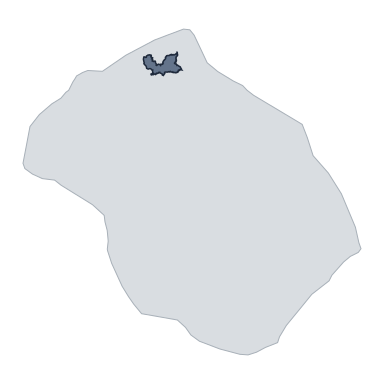 Tsana-Talana, Mafeteng, Lesotho shown in context, rotated 90°
{"feature_id": "5366337B43460203285745", "entity_name": "Tsana-Talana", "entity_type": "district", "adm_level": 2, "iso_a3": "LSO", "parent_name": "Lesotho", "parent_adm1": "Mafeteng", "projection": "robinson", "projection_center": [27.304, -29.791], "detail": "fine", "context": "in_parent", "style": "filled", "palette": "slate", "viewbox_px": 384, "rotation_deg": 90, "n_neighbors": 0, "source": "geoboundaries", "source_scale": "gbopen_adm2", "svg_char_len": 5647}
<svg xmlns="http://www.w3.org/2000/svg" viewBox="0 0 384 384"><g transform="rotate(90 192 192)"><path d="M263.4,272.3L250.8,276.4L249.1,276.7L241.1,275.8L230.4,276.8L221.9,279.0L215.4,279.8L204.7,291.5L185.3,322.8L180.1,329.4L178.6,341.7L174.1,351.5L168.6,359.1L163.3,361.0L147.1,357.9L126.5,354.0L114.5,344.6L103.8,332.1L98.2,323.1L92.3,318.1L90.3,315.3L81.9,311.1L78.7,309.0L75.9,307.4L72.5,301.4L70.5,296.2L71.3,281.6L65.4,273.0L55.2,258.1L48.8,246.0L40.0,229.4L34.6,215.2L29.1,200.5L29.8,194.2L35.1,189.9L50.7,182.5L62.8,176.8L71.5,166.3L81.0,150.7L85.6,141.3L90.2,137.0L95.3,130.4L104.1,115.7L113.9,99.3L124.4,81.8L137.6,76.7L155.7,70.9L173.1,55.6L193.8,42.6L227.2,28.6L242.8,25.1L248.7,23.0L252.4,25.7L256.4,33.7L262.0,40.4L275.2,52.1L280.8,54.9L294.3,72.2L308.8,84.0L325.5,97.7L336.8,104.5L342.6,106.4L347.4,118.5L352.2,127.5L354.9,135.9L354.3,144.1L349.0,164.1L341.2,184.6L335.0,193.1L327.4,198.5L320.0,206.6L317.1,223.0L313.7,242.4L304.1,250.3L296.6,255.5L286.2,261.9L263.4,272.3Z" fill="#d9dde1" stroke="#a8b0b8" stroke-width="1"/><path d="M74.4,233.0L74.6,232.9L74.4,232.4L74.6,231.9L74.8,231.9L74.5,231.3L74.6,230.9L74.3,230.9L74.1,230.8L74.1,230.7L74.3,230.6L74.1,230.4L74.0,230.2L74.2,229.9L74.0,229.7L74.1,229.3L74.1,229.0L74.2,228.9L74.3,228.7L74.2,228.6L74.4,228.5L74.4,228.4L74.5,228.3L74.3,228.1L74.1,227.9L73.8,227.6L73.7,227.6L73.4,227.5L73.3,227.2L73.4,226.8L73.5,226.7L73.4,226.4L73.2,226.6L73.2,226.2L73.0,225.9L72.9,225.6L73.0,225.7L72.8,225.5L72.6,225.4L72.7,225.1L72.6,224.9L72.4,224.8L72.6,224.6L72.7,224.4L72.6,224.2L72.8,224.2L73.1,223.9L73.2,223.3L73.4,223.0L73.5,222.7L73.9,222.3L74.1,221.5L74.3,221.4L74.7,221.6L74.9,221.6L75.1,221.6L75.5,220.6L74.6,220.1L74.0,219.6L73.5,219.2L73.1,219.2L72.9,219.5L72.4,219.4L72.3,219.1L72.1,218.9L72.0,218.2L72.1,217.2L72.1,216.8L72.0,216.6L72.1,216.3L71.9,215.6L71.7,215.5L71.7,215.1L71.6,214.8L71.6,214.7L71.8,214.8L71.9,214.7L71.9,214.2L71.7,213.9L71.8,213.9L71.7,213.6L71.8,213.5L71.8,213.1L72.0,212.9L71.9,212.8L71.9,212.6L72.0,212.2L72.1,211.9L72.3,211.5L72.1,211.3L72.4,211.2L72.5,210.9L72.4,210.8L72.6,210.7L72.5,209.9L72.4,209.4L72.8,208.9L72.8,208.5L72.8,208.4L72.7,208.4L72.6,208.2L72.3,207.9L72.4,207.5L72.5,207.4L72.4,207.2L72.5,207.1L72.4,206.9L72.2,206.7L72.3,206.5L72.2,206.3L71.9,206.2L71.9,205.9L71.7,205.8L71.4,205.8L71.2,206.0L71.1,205.9L70.8,205.8L70.5,205.4L70.3,205.4L70.6,204.9L70.5,204.5L70.2,204.5L69.7,204.3L69.8,204.1L69.8,203.8L69.7,203.7L69.8,203.5L69.7,203.3L69.8,203.0L69.7,202.8L69.8,202.7L69.9,202.3L69.5,202.6L69.2,202.5L68.9,202.6L68.5,203.0L68.2,203.1L67.9,203.2L67.5,203.6L67.1,203.6L66.8,203.8L66.7,204.0L66.5,204.3L66.2,204.9L66.2,205.0L66.1,205.3L65.7,205.8L65.1,206.4L65.1,206.6L65.4,207.1L65.2,207.2L64.8,207.3L63.9,207.8L64.0,208.6L63.6,209.0L63.5,209.4L63.2,209.5L63.1,209.3L62.8,209.2L62.9,208.9L62.6,208.9L62.4,208.7L62.1,208.7L62.1,208.3L61.8,208.4L61.7,208.2L61.4,207.9L61.3,208.0L61.1,207.8L60.7,208.0L60.4,208.0L60.3,207.8L60.1,208.0L59.9,207.7L59.7,207.7L59.4,207.7L59.0,207.9L58.5,207.9L58.5,208.1L58.2,208.1L57.8,208.1L57.5,207.9L57.4,208.0L56.9,207.9L56.6,207.7L56.5,207.4L56.3,207.2L56.3,207.3L56.2,207.3L56.1,207.1L55.8,206.8L55.6,206.8L55.5,206.7L55.2,206.6L54.5,206.4L54.4,206.5L54.5,206.7L54.4,206.8L54.3,206.6L54.0,206.6L53.8,206.7L53.7,206.8L53.2,206.6L52.7,206.7L52.3,206.8L52.3,207.0L52.7,206.9L53.0,207.0L53.3,207.3L53.6,207.4L53.6,207.7L54.0,207.9L54.2,208.2L54.2,208.4L54.3,208.5L54.2,208.7L54.5,208.9L54.7,209.1L54.8,209.3L54.8,209.5L54.8,209.9L55.0,210.1L54.9,210.6L54.6,210.9L54.7,211.0L54.9,211.3L54.7,211.4L54.7,211.5L54.9,211.5L54.7,211.6L54.7,212.0L55.0,212.5L54.8,212.7L54.9,213.1L54.7,213.1L54.9,213.4L54.7,213.6L54.9,213.9L55.1,214.4L55.4,214.6L55.6,214.9L55.5,215.5L55.5,215.8L55.5,216.0L55.5,216.3L55.6,216.5L55.7,217.3L55.8,217.5L56.5,217.7L56.7,218.0L56.8,217.9L57.1,218.2L57.2,218.3L57.4,218.6L57.5,218.6L58.4,218.4L58.5,218.4L58.9,218.6L59.1,218.8L59.4,219.2L59.7,219.4L59.7,219.5L59.8,219.5L60.1,219.6L60.2,219.9L60.5,220.2L61.0,220.6L61.3,220.6L61.7,221.0L62.2,221.0L62.6,221.2L62.9,221.0L63.1,221.1L63.2,220.9L63.5,221.1L63.8,221.1L63.8,221.3L64.2,221.3L64.4,221.1L64.5,220.9L64.4,221.2L64.2,221.4L64.2,221.6L64.2,221.8L64.3,222.3L64.1,223.0L64.3,223.1L64.7,223.1L65.0,223.2L65.3,223.3L65.0,223.5L64.8,224.0L64.6,224.1L64.6,224.3L64.4,224.6L64.4,225.0L64.2,225.3L64.3,225.5L64.2,225.6L64.3,226.0L64.5,226.3L64.8,226.7L64.9,226.8L65.2,226.9L65.5,227.2L65.5,227.4L65.4,227.6L65.2,227.4L64.9,227.4L64.7,227.7L64.5,227.8L64.1,227.8L63.8,227.8L63.4,228.0L62.9,228.5L62.6,228.5L62.4,228.6L61.8,228.5L61.2,228.7L61.1,229.1L61.1,229.3L61.2,229.7L61.2,229.8L61.2,230.0L61.3,230.1L61.5,230.4L61.5,230.7L61.4,230.8L61.2,230.9L61.1,231.3L60.9,231.3L60.9,231.5L61.0,231.6L60.9,231.8L60.5,231.5L60.2,231.4L60.2,231.5L59.9,231.5L59.4,231.6L59.0,232.1L58.9,231.9L59.1,231.5L58.5,231.5L58.6,232.2L58.2,232.0L57.8,232.2L57.6,231.9L57.4,232.5L56.9,233.1L56.7,233.1L56.4,232.8L56.1,233.0L56.1,232.9L55.8,232.8L55.5,232.7L55.1,232.9L54.9,234.0L54.8,234.9L55.1,235.1L55.1,235.4L55.1,235.6L55.2,236.4L55.5,236.6L56.0,237.5L56.5,237.7L57.1,237.6L57.4,237.8L57.4,238.6L56.9,239.4L57.0,240.2L59.1,240.6L60.1,240.5L60.9,240.2L61.5,240.2L61.9,240.0L62.4,239.9L62.7,239.7L62.9,239.7L63.0,239.7L63.3,240.1L64.2,239.8L64.8,239.2L65.0,239.0L65.4,238.5L66.0,238.0L67.3,237.5L67.9,237.5L68.2,237.4L68.4,237.3L68.6,236.8L68.9,236.3L69.1,235.8L69.0,235.4L68.6,234.4L68.6,234.1L68.7,233.4L68.8,233.2L69.9,232.3L70.1,232.0L70.0,231.3L72.3,231.4L72.5,231.4L72.7,231.2L73.0,230.8L73.5,231.4L73.9,231.7L74.0,231.9L74.0,232.1L73.8,232.6L74.0,233.0L74.4,233.0L74.4,233.0Z" fill="#64748b" stroke="#1e293b" stroke-width="1.5"/></g></svg>